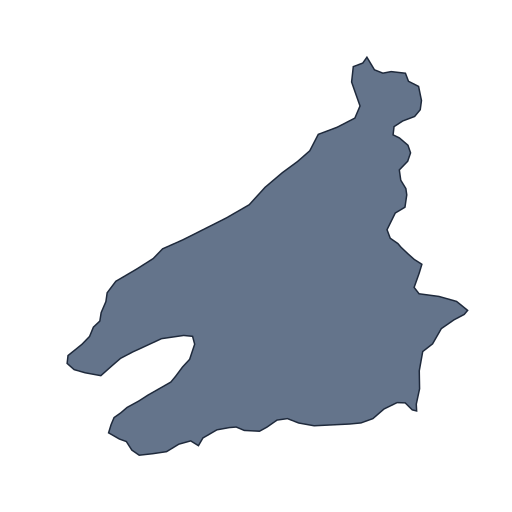 Nordmaling, Västerbotten, Sweden, rotated 82°
{"feature_id": "70781695B22798016989349", "entity_name": "Nordmaling", "entity_type": "district", "adm_level": 2, "iso_a3": "SWE", "parent_name": "Sweden", "parent_adm1": "Västerbotten", "projection": "albers", "projection_center": [19.36, 63.649], "detail": "fine", "context": "isolated", "style": "filled", "palette": "slate", "viewbox_px": 512, "rotation_deg": 82, "n_neighbors": 0, "source": "geoboundaries", "source_scale": "gbopen_adm2", "svg_char_len": 1624}
<svg xmlns="http://www.w3.org/2000/svg" viewBox="0 0 512 512"><g transform="rotate(82 256 256)"><path d="M74.6,118.5L79.8,123.4L82.0,133.3L97.0,137.1L107.6,135.0L121.9,132.1L133.2,138.9L139.8,157.8L144.2,177.4L159.3,188.1L168.2,201.7L177.2,218.4L189.2,237.4L204.3,255.6L214.1,279.9L220.8,299.6L229.8,326.2L235.9,347.5L244.2,358.1L252.5,376.4L261.5,398.3L271.7,408.5L280.3,411.0L290.5,417.2L298.7,419.7L303.8,426.9L312.5,432.0L319.2,440.6L328.4,456.0L336.1,458.0L343.2,451.9L347.8,441.6L352.9,426.3L344.7,414.0L338.5,404.4L333.9,391.6L329.8,377.9L324.7,361.1L324.6,338.7L326.7,330.0L334.8,329.0L349.1,336.1L355.7,344.2L363.9,352.3L369.0,357.9L378.7,382.3L383.4,392.5L388.0,404.7L392.6,411.9L396.2,419.0L402.9,423.0L410.6,426.6L418.2,416.8L421.7,410.2L430.9,406.0L437.0,399.4L437.4,385.6L437.3,371.8L431.6,358.6L430.0,346.4L435.8,339.4L428.8,333.9L422.7,318.9L422.2,306.4L422.6,299.4L427.1,291.9L430.0,276.9L427.0,269.0L421.4,258.0L421.4,247.5L427.3,237.0L432.2,222.1L435.4,186.7L435.9,175.3L433.3,162.9L425.3,150.5L420.8,136.7L422.2,128.7L430.1,122.7L431.8,118.5L425.0,117.9L410.3,112.5L392.4,110.3L373.8,104.2L367.6,93.4L353.7,82.6L346.7,68.7L342.8,57.9L339.3,54.0L328.9,63.7L321.5,80.5L316.1,99.8L309.1,103.8L295.7,96.8L287.3,92.9L281.4,99.8L274.9,105.3L267.5,111.2L263.5,113.7L257.1,120.6L248.2,122.6L232.8,112.1L228.4,101.7L216.5,98.2L210.1,98.2L201.1,102.1L190.7,102.1L183.3,92.6L175.4,88.6L167.5,90.1L159.1,97.5L155.1,103.4L147.1,101.3L142.7,91.9L139.9,79.5L134.0,73.0L125.1,70.5L110.7,71.4L104.2,80.7L95.8,82.6L92.2,96.5L92.6,104.9L88.1,112.8L74.6,118.5Z" fill="#64748b" stroke="#1e293b" stroke-width="1.5"/></g></svg>